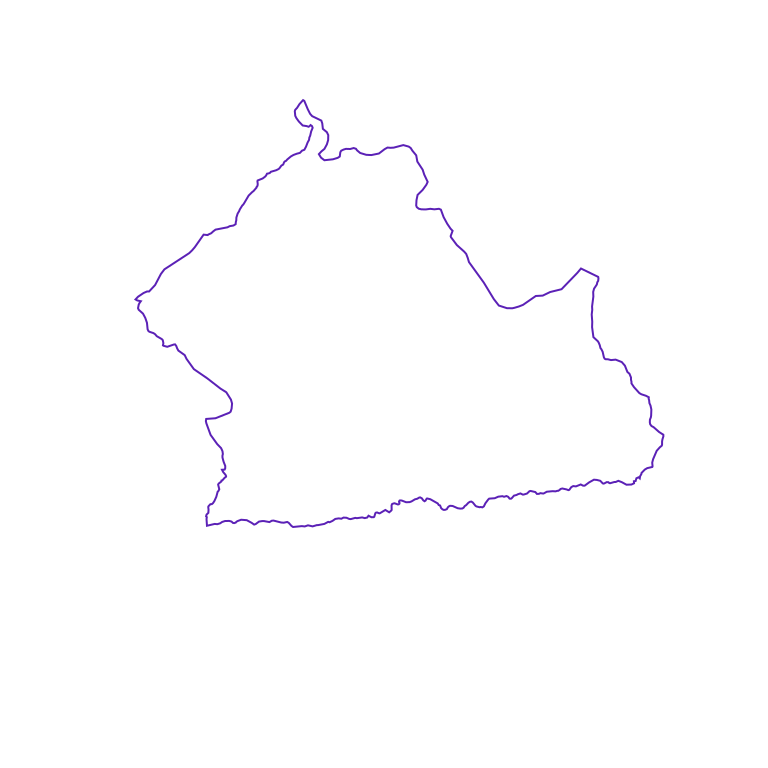 the district of Cornereva, Caras-Severin, Romania, rotated 43°
{"feature_id": "2599482B63249378795855", "entity_name": "Cornereva", "entity_type": "district", "adm_level": 2, "iso_a3": "ROU", "parent_name": "Romania", "parent_adm1": "Caras-Severin", "projection": "mercator", "projection_center": [22.558, 45.065], "detail": "fine", "context": "isolated", "style": "outline", "palette": "violet", "viewbox_px": 768, "rotation_deg": 43, "n_neighbors": 0, "source": "geoboundaries", "source_scale": "gbopen_adm2", "svg_char_len": 6165}
<svg xmlns="http://www.w3.org/2000/svg" viewBox="0 0 768 768"><g transform="rotate(43 384 384)"><path d="M351.2,608.4L355.6,601.8L357.7,600.2L359.2,597.6L359.7,595.3L361.2,592.6L364.2,589.7L366.3,588.6L368.3,588.6L369.3,587.9L370.1,586.4L370.0,585.7L370.3,584.3L372.1,580.7L376.5,577.2L381.9,575.8L384.9,575.4L385.7,573.9L386.4,569.9L388.4,567.3L389.7,566.1L394.4,563.1L395.2,560.5L396.4,559.2L403.3,555.4L405.3,553.8L407.3,550.9L409.0,550.5L413.1,550.9L415.0,550.6L420.8,544.0L423.2,542.2L424.8,539.2L428.9,536.8L431.2,532.9L432.0,532.2L435.8,527.0L437.2,522.9L438.5,522.2L439.7,519.2L440.4,515.9L442.5,513.2L444.7,511.6L445.5,509.3L447.8,507.4L450.6,506.4L451.8,505.5L454.3,501.5L455.7,500.6L459.0,496.5L461.4,495.2L462.8,493.1L462.5,490.9L465.7,490.0L467.3,488.4L467.4,487.7L465.8,484.4L465.8,483.7L466.5,482.7L468.8,481.8L469.1,481.4L470.9,475.2L475.3,474.3L475.6,472.0L475.5,470.9L472.3,467.6L471.8,466.3L472.3,465.1L473.1,464.0L476.2,462.7L476.8,462.0L476.9,461.1L476.5,460.4L475.4,460.0L475.1,459.6L474.9,458.6L475.1,458.2L476.5,457.1L480.8,455.4L483.3,452.9L484.2,451.1L485.3,447.2L486.6,445.2L487.1,443.3L487.7,442.3L489.6,441.8L492.0,442.3L493.6,442.1L493.9,441.0L493.4,438.7L493.6,438.3L496.4,436.7L504.8,434.7L506.5,435.2L507.9,434.6L510.4,435.8L512.1,435.8L513.4,435.4L514.4,434.5L515.3,432.7L514.8,430.6L515.0,428.9L515.4,428.0L517.4,426.4L522.6,424.6L524.8,423.1L526.2,421.6L526.6,420.2L526.3,418.2L526.7,416.6L526.7,413.3L527.2,411.5L528.1,410.4L529.8,410.1L534.0,410.7L535.1,410.5L538.0,408.9L538.6,408.0L540.1,407.1L540.5,405.4L539.5,402.1L539.0,397.4L539.1,396.1L542.9,392.0L544.4,388.5L547.1,385.3L548.7,384.6L550.0,382.4L551.8,381.8L554.0,382.2L555.1,381.3L555.3,380.5L555.2,377.0L556.6,374.8L557.1,373.3L558.4,371.0L561.0,370.2L561.6,369.5L563.3,366.6L563.5,363.2L564.2,362.2L568.4,359.8L570.8,360.1L572.2,358.7L572.8,357.2L575.2,355.5L575.6,354.7L576.5,351.8L580.4,347.4L582.7,345.5L583.6,343.9L584.2,343.4L584.7,341.8L584.7,340.4L585.7,338.8L589.4,336.6L591.2,335.9L591.7,335.0L591.3,331.7L592.0,329.6L594.2,328.0L596.4,323.3L598.9,322.6L600.1,321.5L601.1,316.1L602.8,310.8L605.1,309.0L608.2,307.3L611.7,307.5L612.3,307.3L612.9,306.5L613.8,303.9L615.1,302.8L616.3,302.8L617.0,302.4L619.3,298.6L620.3,297.6L621.4,295.0L624.9,293.6L630.0,292.3L633.5,288.8L634.6,286.1L633.1,284.7L634.2,283.4L632.9,280.8L633.8,278.6L635.4,278.6L634.2,276.8L633.7,274.5L633.0,273.4L633.1,268.7L633.9,266.0L636.8,261.7L636.5,261.0L633.8,258.6L632.1,255.5L629.0,246.9L628.9,242.3L629.2,239.7L628.8,238.8L626.5,236.3L625.4,234.6L624.0,231.7L622.9,230.6L617.9,231.5L610.6,231.7L608.3,232.3L606.1,231.9L604.5,230.7L602.8,228.7L601.9,226.4L600.9,224.9L596.9,220.3L593.6,218.0L591.2,217.0L588.9,215.0L587.6,214.3L586.7,213.1L583.5,214.0L579.2,216.0L576.9,216.5L569.0,215.8L564.6,214.8L563.5,213.6L561.7,212.4L560.2,210.8L556.5,209.1L553.8,209.2L547.7,206.3L542.9,205.8L536.8,208.2L533.7,211.7L530.9,213.2L529.1,214.8L528.1,215.0L526.6,214.5L521.9,211.3L519.2,210.3L517.8,210.1L515.4,208.5L513.0,207.4L511.4,206.9L505.2,206.9L497.4,200.5L493.8,196.4L488.5,191.5L485.7,187.7L483.3,185.4L477.5,177.3L474.2,174.0L472.6,171.0L471.8,166.1L470.6,164.1L470.3,162.5L468.8,160.5L467.6,159.6L449.3,165.2L449.6,170.9L449.2,193.6L442.8,203.4L439.8,211.1L435.0,216.1L431.7,231.3L429.8,235.3L427.5,239.2L426.2,241.1L422.2,244.7L414.5,248.3L406.4,247.0L387.9,241.8L363.0,236.9L359.3,234.7L355.4,232.8L352.3,232.5L342.5,232.7L333.0,231.0L331.9,230.4L329.7,225.2L326.7,225.0L321.0,223.7L313.8,221.3L306.7,217.7L304.7,218.4L301.7,221.9L298.4,224.3L295.6,227.7L292.3,230.7L289.9,232.1L287.4,232.3L285.8,231.5L282.4,227.4L279.6,222.8L279.9,215.7L279.1,209.4L278.1,206.4L270.6,203.4L266.1,200.9L256.7,198.6L251.6,194.8L245.6,194.0L242.6,193.2L240.2,193.5L235.2,196.1L229.9,204.5L227.7,206.8L225.3,208.7L224.3,211.8L223.1,218.9L218.6,225.2L214.7,228.5L209.0,231.3L204.9,231.5L203.1,231.1L200.9,232.1L199.0,235.2L195.8,238.0L194.5,240.2L193.6,242.6L194.0,244.3L196.5,247.8L195.9,250.2L193.4,254.5L187.8,261.0L183.6,261.4L179.6,260.3L179.6,256.5L180.1,252.7L178.8,247.7L176.8,243.7L173.5,240.0L170.5,238.8L165.3,239.1L161.1,235.5L158.5,234.1L148.8,237.1L145.7,236.8L140.8,235.0L132.6,231.3L131.2,231.6L131.3,237.0L132.1,241.3L132.1,244.0L132.7,245.3L136.2,248.4L138.6,249.3L142.7,250.1L148.2,250.4L151.6,248.1L153.4,247.3L153.7,246.2L153.7,244.7L155.5,244.5L157.1,245.3L158.5,249.0L160.7,252.8L161.3,254.6L162.7,256.6L163.4,259.4L165.1,263.6L166.0,267.0L164.9,269.3L164.9,272.3L163.2,275.0L161.6,278.2L160.7,281.1L160.1,285.9L160.2,287.5L159.7,288.7L159.7,290.0L160.6,292.2L160.0,294.3L160.4,297.5L160.3,298.7L159.3,301.3L156.5,306.0L156.6,307.3L156.1,308.5L155.0,310.0L155.6,312.0L155.6,313.6L155.1,316.4L152.8,321.3L153.1,322.0L155.3,323.9L156.3,325.3L156.5,327.0L156.8,327.3L157.0,331.8L156.7,333.6L156.5,338.5L158.4,347.1L158.7,348.8L158.6,350.1L159.5,354.7L160.2,356.5L160.7,359.1L162.5,362.9L164.3,365.0L165.1,366.5L166.5,368.3L165.8,370.8L163.5,373.8L162.7,376.1L155.5,386.0L155.0,388.9L154.8,391.6L153.5,394.7L153.5,395.3L150.2,397.8L152.3,412.8L152.5,417.0L152.3,421.1L145.2,449.9L145.8,455.7L149.1,467.7L149.1,476.5L147.6,477.9L146.1,481.4L144.6,487.9L144.6,491.6L146.5,491.2L149.7,489.3L149.9,491.2L150.4,493.1L152.4,496.3L154.0,497.0L159.8,496.9L164.4,498.5L168.9,500.9L173.8,505.2L175.5,505.9L176.8,505.8L180.7,504.0L182.7,503.7L185.2,504.0L190.8,502.7L192.3,502.8L194.8,504.6L196.0,506.5L196.7,506.4L200.1,504.6L203.4,498.4L204.2,497.5L206.2,497.9L208.4,499.0L210.8,499.8L218.6,498.8L222.4,500.3L234.8,502.8L250.9,500.4L267.5,498.9L274.3,497.6L282.7,499.8L286.2,501.9L289.3,505.9L290.7,508.8L290.5,510.5L284.1,524.0L277.8,530.8L279.0,532.6L280.9,533.9L291.9,539.5L303.0,541.7L308.6,542.0L311.7,543.3L313.9,545.1L314.8,546.7L316.1,548.0L319.8,550.3L323.8,552.2L325.4,554.0L325.8,555.3L324.0,557.2L326.5,558.1L330.0,558.5L331.4,559.1L331.7,559.5L331.4,561.5L331.5,564.8L331.0,565.4L331.5,566.4L331.0,569.6L331.3,570.7L335.3,573.3L335.9,575.3L335.8,576.2L338.3,580.9L339.8,585.4L340.2,587.9L340.0,589.3L339.0,590.3L339.0,593.0L339.3,593.8L341.4,595.6L343.4,598.0L343.3,600.5L344.1,602.1L345.2,602.2L346.3,603.8L351.2,608.4Z" fill="none" stroke="#5b21b6" stroke-width="2"/></g></svg>